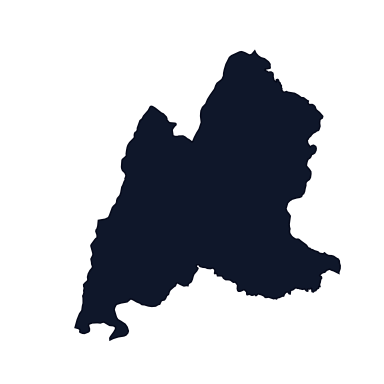 outline of Bac Yen, Son La, Vietnam, rotated 77°
{"feature_id": "81297802B44532488811780", "entity_name": "Bac Yen", "entity_type": "district", "adm_level": 2, "iso_a3": "VNM", "parent_name": "Vietnam", "parent_adm1": "Son La", "projection": "mercator", "projection_center": [104.438, 21.222], "detail": "fine", "context": "isolated", "style": "filled", "palette": "ink", "viewbox_px": 384, "rotation_deg": 77, "n_neighbors": 0, "source": "geoboundaries", "source_scale": "gbopen_adm2", "svg_char_len": 5957}
<svg xmlns="http://www.w3.org/2000/svg" viewBox="0 0 384 384"><g transform="rotate(77 192 192)"><path d="M304.3,67.2L303.2,67.0L300.0,65.0L297.1,64.2L294.4,64.4L292.3,64.0L290.2,64.7L289.3,65.9L286.5,68.5L285.4,70.5L284.7,73.2L283.2,75.1L281.1,76.6L281.8,78.1L280.4,81.6L278.6,82.8L276.8,86.0L275.5,87.4L274.6,89.1L273.3,89.9L273.2,90.8L272.3,91.5L269.6,92.5L263.7,97.5L262.5,98.3L261.8,99.3L261.6,100.9L261.1,101.9L258.9,104.0L257.4,105.0L254.2,106.1L252.9,106.0L251.3,105.6L250.0,104.9L247.8,105.0L245.2,104.6L237.5,101.7L234.7,102.7L232.6,103.8L229.5,104.3L224.0,101.2L222.2,98.3L222.1,97.5L221.5,96.3L221.2,91.3L221.4,88.3L221.0,86.3L219.1,85.0L218.8,83.7L216.7,82.2L214.1,81.1L211.2,79.6L209.6,79.3L208.1,78.6L207.1,77.1L206.2,74.9L204.5,73.4L201.1,72.1L198.9,71.7L196.4,72.6L192.6,74.6L191.5,74.5L189.5,73.7L187.5,72.6L186.2,71.6L185.1,69.0L184.2,68.2L182.5,67.1L182.1,65.0L181.5,63.6L179.2,61.8L177.4,61.2L176.0,61.2L175.4,61.4L173.8,63.0L173.8,64.4L174.2,65.7L174.9,66.7L170.6,68.3L167.2,68.1L166.9,67.3L165.2,65.8L164.1,63.7L163.2,62.8L161.9,60.8L161.2,58.1L160.5,56.9L160.4,55.1L159.9,54.4L156.7,52.5L153.5,52.2L150.4,51.1L150.0,50.6L149.2,48.4L147.6,47.6L143.1,50.0L139.7,52.6L136.4,53.0L134.8,54.0L133.8,55.2L133.3,57.9L132.5,58.7L131.1,58.9L129.5,58.2L128.6,59.4L125.4,62.0L124.6,64.4L121.9,66.6L119.0,69.8L116.3,76.4L115.4,77.2L115.6,79.1L115.5,80.2L114.8,80.8L113.9,81.1L113.2,82.0L111.8,81.2L110.4,81.5L108.3,81.0L106.9,81.8L105.7,81.6L104.4,82.5L102.3,82.7L101.6,83.2L101.6,84.4L101.9,84.6L103.3,84.7L103.6,84.9L103.5,85.4L102.4,86.6L101.4,87.1L98.0,87.1L95.6,86.5L94.2,86.6L92.9,87.9L92.6,89.1L92.7,90.3L92.4,91.1L91.6,91.3L91.0,92.4L90.0,93.0L89.7,93.5L88.7,92.9L88.9,88.3L88.6,87.9L85.5,87.5L85.1,87.2L82.4,88.2L78.5,91.4L76.7,94.7L74.3,96.9L71.2,98.6L68.6,99.1L71.1,102.4L71.5,103.4L71.5,105.1L71.1,105.8L68.3,109.1L67.0,111.1L66.4,112.3L66.3,114.2L68.1,122.8L69.3,125.2L75.2,130.1L80.1,132.9L83.4,134.4L86.0,135.1L89.1,137.5L91.7,143.1L93.6,144.8L96.8,146.8L101.8,152.4L105.3,155.9L109.3,158.7L111.9,162.7L114.9,164.9L117.2,165.7L119.9,166.5L126.3,167.2L132.4,170.9L135.5,174.0L139.5,177.4L142.8,179.7L143.3,180.8L140.0,183.5L139.5,184.4L136.9,186.4L135.4,188.2L134.6,192.3L134.7,193.9L134.1,196.1L132.9,197.9L127.1,197.4L125.9,196.5L123.9,194.2L123.1,192.7L122.6,192.4L121.7,192.4L121.2,193.1L119.7,197.8L118.9,198.9L115.9,200.3L114.9,200.0L113.2,200.2L109.5,202.4L108.1,204.2L101.9,209.2L99.9,211.3L99.3,212.6L99.6,213.5L102.7,216.1L107.1,222.1L109.4,223.9L110.8,226.6L117.4,230.8L119.3,231.3L120.2,232.0L121.1,233.2L121.2,234.0L122.2,234.8L123.6,235.4L125.7,235.7L126.6,236.6L129.8,241.6L132.0,243.8L133.9,245.0L137.1,246.4L140.1,247.5L141.7,247.6L142.7,248.8L144.6,252.4L145.3,253.0L151.8,255.0L153.4,255.1L155.4,254.8L157.8,253.2L159.0,252.8L161.4,252.6L164.0,254.3L165.4,254.3L166.3,255.5L170.0,257.9L171.4,259.2L176.8,261.5L179.2,263.0L181.5,266.1L183.1,267.1L185.2,267.8L186.7,269.0L188.2,271.7L189.4,273.1L196.2,277.5L198.2,279.1L199.0,282.7L198.6,289.6L204.0,291.4L206.5,292.8L207.5,294.0L208.8,294.5L212.4,294.1L215.2,294.7L215.8,296.2L216.6,297.3L220.6,301.9L221.7,302.6L229.3,302.3L231.2,302.7L234.6,305.5L237.8,305.6L239.6,305.9L242.4,305.6L243.8,306.6L245.6,309.0L248.4,311.4L251.4,312.9L254.0,313.1L255.3,314.1L256.6,316.6L257.9,318.4L259.7,318.7L261.2,318.5L263.9,319.7L265.5,319.8L267.6,320.8L268.7,321.8L270.9,321.9L275.9,323.0L278.4,324.3L282.7,325.9L285.4,328.9L290.6,332.5L297.8,336.4L299.3,333.6L300.3,332.5L300.9,332.2L301.8,332.3L303.0,332.8L303.5,332.6L305.0,330.5L305.6,328.6L305.0,324.4L304.3,323.3L302.3,322.7L298.9,322.9L297.8,322.4L297.5,321.8L297.1,318.6L298.0,313.6L299.0,310.7L298.7,308.6L298.9,307.0L303.4,302.3L304.6,298.7L306.1,297.0L306.8,297.0L308.4,297.3L311.1,299.8L314.6,303.8L315.8,304.9L317.7,305.2L316.9,301.7L316.5,296.4L316.9,290.6L316.5,288.5L314.9,286.3L313.1,285.3L309.1,285.6L305.8,286.9L302.1,290.4L299.7,293.0L297.1,293.9L289.2,294.4L287.2,293.4L285.0,291.6L284.4,290.5L284.3,288.8L284.1,286.2L284.4,279.9L282.2,275.7L283.8,273.5L286.6,270.5L288.5,267.7L290.4,266.1L291.2,263.6L293.2,260.1L294.4,256.9L294.9,253.5L294.9,252.9L294.1,250.6L294.0,248.7L291.4,246.7L290.9,245.8L290.9,243.2L289.9,241.9L287.2,239.9L286.5,238.0L283.9,236.6L282.5,235.3L280.2,231.0L279.7,229.4L277.6,227.9L277.2,227.1L277.4,226.2L278.7,224.9L281.6,221.2L281.8,220.1L281.8,218.7L282.4,217.0L281.1,216.5L280.3,215.6L279.6,213.5L279.1,212.8L277.0,211.3L274.6,210.1L272.5,208.7L269.8,205.1L267.9,203.4L267.3,203.5L266.4,204.4L265.6,204.6L264.1,204.0L264.0,203.4L264.5,201.4L265.9,201.2L266.6,200.4L267.7,198.4L268.5,195.9L269.8,194.2L270.8,191.2L270.6,189.4L271.1,188.3L272.0,187.6L273.3,187.3L274.2,187.4L276.2,188.3L276.6,188.2L276.7,186.6L277.8,186.0L279.4,186.0L280.2,182.3L280.5,181.7L282.0,180.9L283.0,180.7L284.5,179.4L285.0,178.8L285.6,176.3L286.4,174.4L289.2,172.1L289.5,170.0L292.6,168.6L293.4,168.6L296.3,169.6L298.2,169.6L299.1,169.1L299.5,167.7L299.4,166.3L298.9,164.1L299.0,162.9L301.6,161.2L304.0,161.6L304.5,161.4L304.6,160.7L304.3,159.3L306.0,157.1L306.2,155.9L305.9,154.2L306.2,153.7L307.3,153.1L307.3,152.6L306.3,150.9L306.2,150.0L307.1,148.7L307.3,148.0L309.3,145.4L311.2,144.3L311.5,142.9L311.6,141.0L314.4,136.4L314.3,135.1L315.2,133.6L314.3,132.7L314.4,130.6L313.7,127.3L314.0,126.3L313.9,126.0L312.4,125.1L311.0,123.3L310.6,121.9L311.1,121.0L313.0,120.2L313.4,119.3L310.3,118.2L310.0,117.6L310.0,115.8L308.5,112.4L309.6,110.8L309.8,109.7L310.5,108.8L311.0,107.4L311.6,106.5L311.7,105.5L311.5,104.2L314.1,102.7L314.6,101.9L314.5,101.4L312.8,101.2L312.5,100.9L312.5,100.3L313.0,99.0L312.6,97.6L313.2,97.1L316.0,97.4L316.7,96.4L315.9,94.9L315.9,93.6L314.6,92.2L314.2,90.4L312.8,89.8L312.9,88.6L311.5,88.7L310.4,88.4L308.8,87.4L306.6,86.5L305.8,86.0L305.3,85.2L304.4,85.0L303.6,85.1L302.6,86.2L302.0,86.4L301.7,86.2L300.8,84.8L300.3,83.6L300.0,82.7L300.0,80.6L299.0,79.2L298.4,77.8L298.1,75.2L299.5,73.6L300.6,71.7L304.3,67.2Z" fill="#0f172a" stroke="#020617" stroke-width="1.5"/></g></svg>